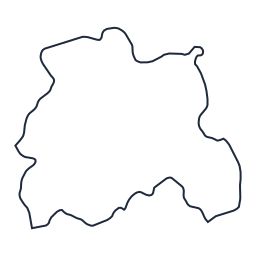 outline of Laoighis
{"feature_id": "IRL-723", "entity_name": "Laoighis", "entity_type": "County", "adm_level": 1, "iso_a3": "IRL", "parent_name": "Ireland", "parent_adm1": "", "projection": "orthographic", "projection_center": [-7.345, 52.994], "detail": "fine", "context": "isolated", "style": "outline", "palette": "slate", "viewbox_px": 256, "rotation_deg": 0, "n_neighbors": 0, "source": "natural_earth", "source_scale": "10m", "svg_char_len": 2695}
<svg xmlns="http://www.w3.org/2000/svg" viewBox="0 0 256 256"><path d="M240.6,179.0L240.0,185.3L240.3,197.4L240.2,199.2L238.9,206.9L236.9,208.8L233.7,210.6L215.8,216.2L207.9,222.0L205.2,218.7L203.8,215.8L203.2,214.3L201.9,211.6L201.0,210.2L200.0,209.1L198.6,208.2L190.2,206.3L188.5,205.1L187.3,203.7L185.9,201.0L184.2,198.3L183.7,196.8L183.6,194.9L183.8,190.9L183.5,189.1L183.0,187.7L182.1,186.5L172.5,178.6L171.2,177.7L169.2,177.6L166.7,178.3L154.3,187.6L153.9,189.1L153.2,192.6L152.4,194.2L151.0,195.1L149.1,195.5L146.0,194.7L141.0,192.2L139.3,191.9L137.2,192.4L134.9,193.6L131.6,196.4L130.0,198.4L128.8,200.1L127.3,203.0L125.6,207.7L124.9,209.0L124.0,209.7L122.4,208.5L120.8,207.8L118.7,207.9L115.5,210.4L113.9,212.3L112.8,214.3L112.3,215.9L110.4,217.9L107.2,220.0L92.9,225.7L90.8,225.6L87.3,224.3L85.5,223.1L81.9,219.9L80.7,219.3L76.7,218.1L71.1,215.2L66.6,213.9L64.5,212.5L63.0,211.1L62.0,210.0L59.8,210.2L56.9,211.8L51.2,217.4L49.6,220.4L48.9,222.9L47.6,224.4L46.0,225.5L32.0,228.2L29.3,212.9L27.3,207.9L24.8,205.1L23.1,202.8L20.4,198.5L19.6,195.7L19.5,193.5L20.9,188.5L21.2,183.0L21.7,180.0L22.5,177.8L25.6,171.9L26.4,170.7L28.6,168.6L33.6,164.9L34.7,163.5L35.6,161.6L35.4,159.9L34.4,158.9L32.8,158.3L25.2,157.0L23.6,156.3L21.1,154.6L20.0,153.5L18.3,151.0L15.4,145.6L20.0,140.4L22.4,137.2L23.2,135.8L23.7,134.1L24.1,132.4L24.8,125.4L26.4,119.0L27.7,115.9L28.6,114.5L29.5,113.4L34.1,109.6L35.2,108.4L36.1,107.2L36.8,105.7L37.9,102.3L38.6,100.9L39.5,99.6L40.7,98.4L47.7,93.1L49.9,90.8L50.6,89.2L51.1,87.6L51.8,86.1L53.4,83.3L53.9,81.8L54.1,80.2L53.6,78.8L52.9,77.8L50.9,75.6L43.0,64.0L41.6,61.2L41.1,59.7L40.7,58.1L40.6,56.3L40.9,54.5L41.3,52.8L42.0,51.2L42.9,49.9L44.9,48.6L82.3,36.9L84.7,36.8L88.0,37.2L97.3,39.8L99.7,39.9L101.0,38.5L101.7,37.0L102.1,34.4L102.5,33.0L103.2,31.7L104.1,30.5L107.0,28.9L114.2,27.8L116.3,28.0L118.8,28.6L122.6,30.9L124.5,32.6L125.8,34.3L132.0,44.9L132.4,46.6L132.7,52.4L133.1,54.2L133.6,55.8L134.9,58.7L135.6,60.1L137.5,61.3L140.5,62.4L147.7,62.3L152.6,61.2L161.5,56.6L163.9,54.8L169.2,53.5L181.6,53.9L184.8,54.8L188.9,53.6L194.6,46.9L200.1,47.2L201.5,48.2L202.9,50.2L203.1,52.1L202.7,53.8L201.7,54.9L200.4,55.4L199.0,55.4L197.6,55.6L196.6,56.8L195.9,58.2L195.0,61.3L195.0,63.1L195.2,64.3L197.0,66.2L201.0,73.4L205.1,84.6L206.5,91.1L207.5,98.9L207.5,104.9L207.2,106.0L206.5,107.7L205.6,109.0L200.7,114.9L199.7,116.5L199.0,118.8L198.6,123.1L199.1,126.1L200.0,128.2L200.9,129.6L201.9,130.7L203.6,133.2L204.4,134.6L205.3,135.8L206.6,136.7L208.2,137.2L211.9,138.0L214.9,139.3L216.2,140.1L217.5,140.6L220.2,140.0L223.4,138.7L225.9,140.5L229.2,144.7L238.1,162.2L239.6,166.0L240.5,171.6L240.6,173.4L240.6,179.0Z" fill="none" stroke="#1e293b" stroke-width="2"/></svg>